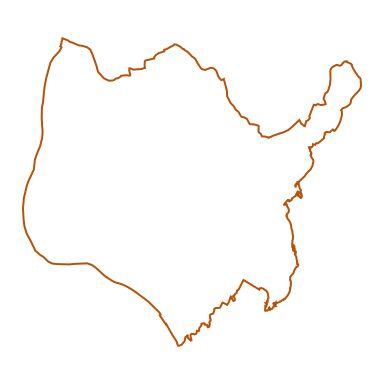 Pedraza, Magdalena, Colombia (Equal Earth projection)
{"feature_id": "7082276B4621695095776", "entity_name": "Pedraza", "entity_type": "district", "adm_level": 2, "iso_a3": "COL", "parent_name": "Colombia", "parent_adm1": "Magdalena", "projection": "equal_earth", "projection_center": [-74.79, 10.149], "detail": "fine", "context": "isolated", "style": "outline", "palette": "amber", "viewbox_px": 384, "rotation_deg": 0, "n_neighbors": 0, "source": "geoboundaries", "source_scale": "gbopen_adm2", "svg_char_len": 5968}
<svg xmlns="http://www.w3.org/2000/svg" viewBox="0 0 384 384"><path d="M24.5,226.7L26.8,233.9L30.8,241.2L35.5,250.9L40.3,255.0L43.3,256.8L48.3,261.7L52.5,263.6L57.3,264.1L69.0,264.4L75.6,263.8L87.4,263.4L91.9,265.0L96.2,268.0L104.8,276.0L109.4,279.1L114.5,282.1L121.4,284.1L127.5,286.9L134.1,290.9L148.1,301.4L159.3,312.4L160.6,314.6L159.7,315.3L165.9,324.4L166.2,324.0L172.2,334.7L176.5,341.3L177.9,345.7L179.4,345.7L181.8,344.5L184.6,341.2L185.4,337.2L187.5,335.4L187.8,335.5L187.5,336.9L188.0,338.0L190.8,340.6L191.5,340.1L190.5,336.4L190.6,334.8L191.6,333.9L193.5,333.9L194.6,334.4L195.9,333.9L196.5,333.2L196.9,330.8L198.6,331.1L199.2,330.3L199.2,328.5L199.7,327.4L201.3,325.8L201.3,324.1L202.3,323.4L203.4,323.7L204.1,323.2L204.6,323.4L205.1,324.8L206.3,324.8L207.3,325.2L207.5,326.8L207.9,327.3L208.8,327.1L209.3,326.5L209.3,325.5L209.7,324.8L209.9,323.7L209.3,322.8L209.7,321.4L210.7,320.6L210.7,319.3L210.2,318.8L210.1,318.0L209.9,315.4L210.2,314.8L211.2,314.1L212.8,313.8L213.5,312.9L214.3,310.4L214.4,308.8L215.7,308.0L218.3,308.0L220.1,307.5L222.4,302.7L223.0,302.7L227.2,304.8L228.5,302.9L230.8,296.5L231.8,296.8L232.0,298.9L233.3,300.9L234.3,300.7L234.8,300.1L234.8,299.1L233.5,295.6L234.6,295.0L235.5,293.6L236.6,293.1L237.1,290.5L238.6,289.6L243.5,280.0L259.3,289.6L259.8,288.3L261.5,288.1L263.0,288.6L266.5,291.0L267.4,292.3L267.8,293.6L268.5,298.1L267.7,299.5L267.7,301.5L267.1,301.4L267.2,301.9L266.6,302.2L267.1,303.9L266.9,304.2L266.2,303.9L266.7,304.6L266.5,305.7L265.8,307.0L265.3,306.5L265.1,310.4L265.3,310.8L266.5,310.3L267.3,310.7L268.5,309.6L268.9,308.7L268.8,307.9L269.3,307.4L269.8,308.2L269.2,309.3L269.6,309.7L270.0,309.3L270.5,309.6L271.0,308.9L272.3,308.7L273.1,307.2L274.0,306.4L273.9,304.9L274.2,306.1L274.6,306.1L274.3,305.9L274.5,305.3L274.8,305.7L275.4,305.6L275.0,305.1L275.5,304.1L275.3,303.8L274.9,304.7L274.2,304.0L273.8,304.8L273.3,303.5L273.7,302.9L275.5,302.8L275.8,302.4L276.0,303.9L276.6,303.1L278.7,302.4L279.7,301.6L280.1,301.7L282.5,300.1L283.5,300.2L284.1,298.8L284.9,298.9L287.7,295.5L289.7,291.6L290.1,289.6L290.0,289.0L290.3,288.4L290.1,287.7L290.6,286.7L290.9,284.7L290.7,280.8L290.0,279.9L290.3,278.6L290.2,277.0L293.6,272.8L294.3,270.3L296.2,267.1L297.6,266.4L298.3,265.1L298.0,264.4L297.6,264.6L297.1,264.0L297.2,263.0L296.9,262.3L297.1,261.2L296.5,258.9L296.3,256.8L294.8,254.2L295.0,253.7L295.7,253.5L295.8,251.4L295.5,251.1L293.7,251.4L295.0,251.1L294.7,250.7L294.7,248.5L294.2,246.8L294.4,246.3L293.2,244.8L292.5,244.8L293.7,250.9L293.2,250.5L293.3,250.1L293.0,250.1L292.8,248.0L292.2,246.9L292.2,243.4L292.5,241.4L292.3,240.9L292.7,240.0L293.1,235.8L292.7,234.8L292.3,231.1L291.4,228.4L291.1,225.2L290.7,224.4L290.6,223.4L288.7,219.9L287.8,219.1L287.3,218.0L287.4,217.3L286.6,216.5L286.8,215.8L286.4,215.6L286.6,214.5L288.2,212.7L288.9,211.4L288.6,208.7L287.3,206.7L286.6,204.1L285.6,203.5L285.3,204.7L284.2,204.8L284.2,204.2L287.8,200.0L288.8,200.1L288.7,200.9L289.1,201.4L291.3,200.2L291.9,199.3L292.1,198.3L295.2,196.3L297.7,191.6L298.6,191.8L299.2,192.7L298.3,193.5L298.2,194.8L297.2,194.7L297.4,195.4L299.9,196.9L300.6,197.9L301.3,197.8L301.9,195.9L301.4,195.1L301.4,194.6L301.0,194.6L301.5,193.9L301.2,193.3L300.4,193.4L300.3,193.0L300.8,192.2L300.6,191.5L301.0,190.2L300.4,189.7L299.4,187.5L298.6,183.7L298.7,182.8L297.7,183.1L296.2,184.9L295.7,186.6L295.3,186.3L295.2,185.6L295.7,184.4L297.4,182.7L297.4,182.0L298.5,181.9L304.5,176.4L306.8,173.1L310.8,169.1L312.4,165.9L313.5,161.2L313.1,159.8L311.2,156.9L311.0,155.5L310.6,155.3L310.9,154.0L311.3,154.0L311.5,153.4L310.8,151.8L310.0,150.9L310.4,148.5L310.0,148.3L309.9,148.7L309.3,148.6L309.0,147.5L309.6,147.6L310.0,147.0L312.0,147.0L312.7,146.2L313.0,144.2L315.3,144.8L316.2,143.2L317.6,143.3L318.8,142.6L323.9,138.3L324.2,138.0L324.0,137.0L324.7,134.6L324.7,133.2L325.0,132.9L325.4,133.2L325.7,132.3L326.3,131.9L329.4,132.3L330.2,131.9L332.9,129.4L333.6,129.8L334.1,130.8L334.6,130.8L335.8,129.6L338.5,125.2L340.1,122.0L341.0,118.7L341.9,115.1L342.0,113.4L341.8,111.3L341.0,110.3L342.6,108.4L346.8,106.7L349.7,104.4L350.7,102.7L351.1,99.9L351.7,98.7L354.6,95.1L358.9,90.7L360.5,88.2L361.0,85.8L360.6,79.3L360.3,78.4L358.2,76.3L355.1,71.9L352.9,68.0L351.7,65.3L351.8,64.7L351.3,64.0L346.9,62.0L346.8,61.4L345.2,61.4L344.0,62.0L343.1,62.8L341.6,64.8L340.4,65.6L339.0,65.7L338.3,65.2L336.5,64.9L332.3,67.1L331.0,68.7L330.3,70.3L330.5,78.9L329.9,85.0L328.1,90.7L327.3,92.1L325.2,93.5L323.5,98.9L324.9,101.2L325.7,104.0L324.6,104.5L320.8,105.1L318.5,104.2L317.2,104.2L316.0,105.3L313.8,104.7L309.4,116.1L309.3,116.6L309.9,117.8L308.4,120.0L306.2,121.2L304.8,126.2L303.5,125.6L301.4,123.7L299.3,120.0L294.3,124.9L288.3,130.1L286.3,130.8L284.8,131.8L272.5,135.9L271.0,136.9L269.0,137.3L268.7,137.8L265.6,136.6L262.1,136.4L260.6,133.6L259.1,132.7L258.5,131.9L258.7,126.0L258.3,125.6L254.1,124.4L250.0,124.2L249.2,123.2L247.0,118.9L243.9,117.3L242.3,117.1L241.0,116.3L238.4,111.8L236.0,109.9L233.6,106.1L230.6,103.0L227.1,96.2L226.9,91.0L224.8,82.6L223.7,79.7L223.8,79.1L221.3,80.1L219.7,78.4L218.1,76.0L216.3,70.9L215.5,70.0L213.7,68.4L210.9,67.7L205.3,69.9L201.8,69.1L200.6,67.7L197.7,63.5L195.3,59.0L194.4,58.1L191.9,56.4L187.8,52.0L184.5,50.0L183.8,49.1L182.6,48.8L180.7,47.0L176.6,44.7L174.5,44.4L172.2,46.2L171.1,46.5L167.2,48.8L164.1,49.9L164.4,51.2L158.7,53.2L155.9,55.0L154.1,57.2L154.3,58.5L145.8,60.4L144.8,61.1L144.6,65.7L144.9,67.9L141.4,69.0L133.2,69.6L130.5,68.4L129.3,68.4L129.3,70.9L130.3,75.1L129.9,75.6L126.3,75.3L121.2,75.7L120.7,76.5L118.1,78.2L115.7,78.6L114.2,80.0L112.5,80.5L108.9,80.7L103.9,78.3L98.0,71.8L96.6,66.2L92.5,54.5L90.3,49.6L87.1,47.3L82.7,45.9L79.0,45.4L76.1,44.3L72.8,42.7L70.0,41.9L67.7,40.3L62.5,38.3L60.9,45.1L60.3,46.4L61.5,47.3L59.5,51.1L53.7,57.4L50.4,62.7L46.4,77.5L44.7,85.9L44.0,91.4L43.0,102.4L41.9,107.5L41.7,118.6L42.6,132.1L42.2,137.7L40.1,146.2L37.2,153.1L34.9,159.7L33.8,169.7L28.9,180.1L26.9,185.3L23.8,198.5L23.0,208.8L23.6,219.5L24.5,226.7Z" fill="none" stroke="#b45309" stroke-width="2"/></svg>